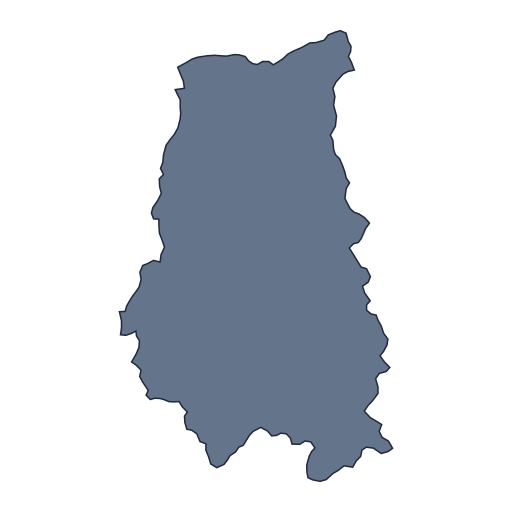 Ribeirão Grande, São Paulo, Brazil
{"feature_id": "56859067B45987470635802", "entity_name": "Ribeirão Grande", "entity_type": "district", "adm_level": 2, "iso_a3": "BRA", "parent_name": "Brazil", "parent_adm1": "São Paulo", "projection": "albers", "projection_center": [-48.356, -24.183], "detail": "fine", "context": "isolated", "style": "filled", "palette": "slate", "viewbox_px": 512, "rotation_deg": 0, "n_neighbors": 0, "source": "geoboundaries", "source_scale": "gbopen_adm2", "svg_char_len": 2773}
<svg xmlns="http://www.w3.org/2000/svg" viewBox="0 0 512 512"><path d="M161.1,254.4L160.1,262.0L153.5,260.4L147.8,263.5L142.8,265.4L139.9,272.2L141.1,279.3L139.2,286.8L136.5,290.9L132.8,295.7L129.1,301.6L126.6,306.2L125.2,311.4L119.4,311.7L121.5,320.8L121.5,327.8L120.5,334.8L125.9,335.3L131.5,333.4L135.9,331.0L136.5,336.0L139.4,340.7L138.9,347.7L136.2,353.9L131.6,362.0L136.1,365.1L141.0,370.1L139.7,376.6L142.5,381.8L148.2,390.4L146.1,395.2L150.3,399.5L154.8,398.2L160.1,398.5L164.5,399.8L168.8,401.6L173.5,401.9L179.1,401.6L182.5,407.1L187.3,411.9L184.5,416.2L184.8,422.2L186.8,429.2L191.9,430.3L196.8,433.8L200.0,441.6L205.9,443.8L205.9,450.2L208.6,456.9L210.8,464.0L216.8,467.7L224.1,464.3L227.5,459.9L230.0,455.6L235.4,452.1L238.8,447.2L243.3,445.3L246.7,439.7L249.4,435.4L253.1,431.4L260.7,427.4L267.5,431.0L271.6,435.9L276.6,435.4L280.7,433.2L286.3,433.8L290.4,438.1L292.0,444.1L299.8,444.3L305.0,441.0L310.8,441.9L314.9,447.9L311.6,451.6L309.1,456.4L306.7,465.3L306.9,472.1L308.0,477.7L312.8,479.9L320.2,481.3L326.2,479.6L333.1,473.4L337.7,470.7L344.1,465.8L352.7,467.2L356.3,460.8L360.6,456.5L362.0,450.0L366.4,447.2L373.3,448.1L381.2,453.5L388.0,451.6L392.6,448.3L388.5,441.1L382.1,437.3L379.2,431.4L381.7,424.5L370.3,417.6L364.3,411.2L368.1,405.4L372.2,401.2L378.0,393.5L378.0,387.1L375.6,378.7L379.3,373.4L386.2,371.5L389.8,367.4L384.5,362.0L380.0,355.8L383.5,351.5L387.0,345.0L387.9,339.1L383.7,333.4L381.2,325.9L377.8,319.7L376.1,315.0L371.2,314.0L366.6,310.2L366.6,304.8L370.2,300.8L364.7,293.0L362.5,286.2L368.2,282.2L370.4,276.6L366.5,268.7L361.1,267.1L357.5,261.2L353.3,254.4L349.3,248.0L353.5,243.7L358.3,242.5L361.3,238.5L363.3,233.9L365.5,228.7L369.5,223.1L364.6,217.7L358.9,213.9L354.2,212.3L350.3,208.8L347.6,203.9L344.9,198.4L346.2,188.6L349.5,182.9L346.2,177.9L344.7,171.6L342.6,165.7L339.5,158.6L335.3,154.6L333.6,149.2L332.9,140.5L330.4,135.0L335.4,126.3L336.5,116.0L333.6,105.2L334.9,96.6L332.9,88.2L335.8,82.3L339.2,78.3L343.2,74.0L348.0,71.5L354.3,70.1L351.6,62.7L348.4,56.4L350.6,51.6L351.0,46.4L348.2,41.3L346.1,33.2L340.3,30.7L335.3,32.1L328.4,34.8L324.1,40.2L315.9,42.6L310.0,42.9L301.1,47.8L293.9,50.8L288.0,54.0L282.9,58.8L278.0,62.0L273.3,64.8L268.8,61.5L262.5,61.5L257.5,64.5L252.8,63.7L248.4,60.7L245.2,56.5L238.9,54.8L234.1,54.6L226.8,56.1L222.2,55.9L214.7,55.3L207.0,55.8L197.7,57.2L192.0,59.1L186.6,62.4L177.7,67.2L179.7,72.3L183.4,81.3L184.4,88.3L175.2,89.6L177.3,94.2L180.2,99.6L180.2,107.4L180.7,113.3L180.2,118.7L177.9,127.9L174.3,134.4L170.4,139.2L166.0,145.4L163.5,154.9L162.8,162.6L160.5,168.4L163.5,174.5L159.3,178.8L159.6,186.5L161.3,193.4L157.8,200.3L152.9,207.5L151.4,213.1L153.6,218.9L158.8,219.1L158.9,225.0L159.4,233.2L162.0,239.8L164.5,247.3L161.1,254.4Z" fill="#64748b" stroke="#1e293b" stroke-width="1.5"/></svg>